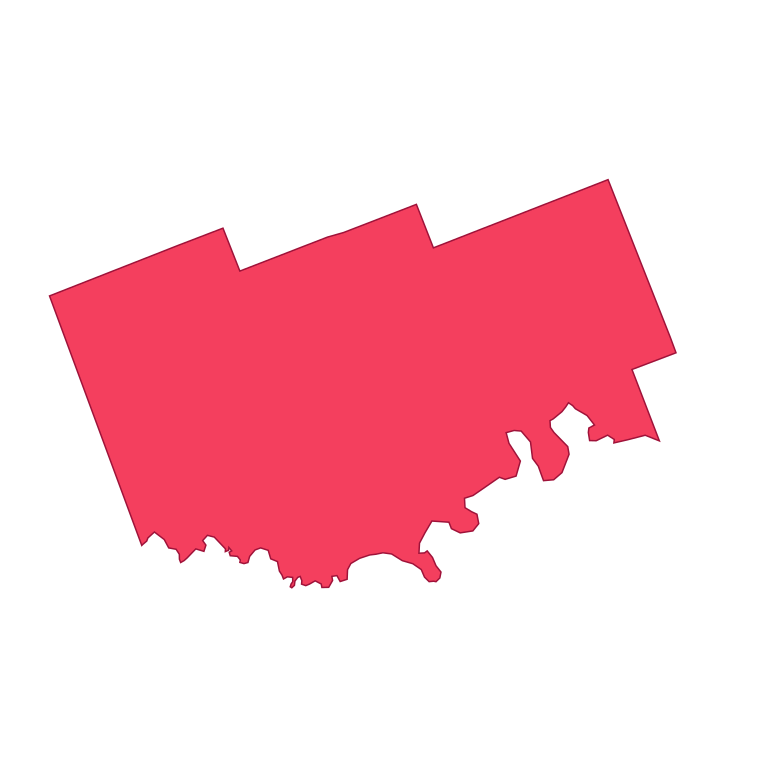 Hale, Alabama, United States of America, rotated 249°
{"feature_id": "52423323B74369514091215", "entity_name": "Hale", "entity_type": "district", "adm_level": 2, "iso_a3": "USA", "parent_name": "United States of America", "parent_adm1": "Alabama", "projection": "albers", "projection_center": [-87.768, 32.744], "detail": "fine", "context": "isolated", "style": "filled", "palette": "rose", "viewbox_px": 768, "rotation_deg": 249, "n_neighbors": 0, "source": "geoboundaries", "source_scale": "gbopen_adm2", "svg_char_len": 1947}
<svg xmlns="http://www.w3.org/2000/svg" viewBox="0 0 768 768"><g transform="rotate(249 384 384)"><path d="M320.1,100.0L320.6,101.1L322.4,106.2L324.9,108.4L328.1,116.6L317.6,123.1L308.1,124.3L304.2,130.7L298.4,131.9L293.7,130.2L290.2,130.2L290.8,134.2L292.2,137.9L297.5,149.2L292.3,155.9L297.4,160.0L302.8,158.6L306.0,164.9L301.9,170.7L286.9,176.9L284.4,175.8L284.5,179.3L287.0,180.6L282.8,182.0L282.4,179.2L278.8,178.9L275.6,185.4L271.3,186.8L269.1,185.5L266.5,188.9L266.1,193.0L271.2,196.8L275.3,204.2L275.2,210.1L270.2,216.3L261.4,215.6L256.4,220.9L246.8,219.3L242.1,220.3L238.0,220.3L238.6,224.7L236.2,229.4L232.2,228.0L230.6,225.6L228.3,223.8L226.8,224.9L228.1,228.2L231.9,230.2L234.4,234.2L234.4,236.8L229.8,236.8L226.7,235.3L223.8,238.7L223.9,242.7L224.9,249.2L219.8,253.7L216.3,253.1L214.0,259.5L219.0,265.6L223.1,266.4L222.0,271.4L215.3,272.3L214.9,279.6L223.7,283.4L228.3,288.7L230.0,298.8L229.5,309.5L228.0,315.4L226.8,322.5L222.6,330.2L212.5,337.8L205.9,346.5L197.4,352.3L189.2,352.6L183.3,355.3L182.1,359.7L180.8,361.7L182.9,366.6L188.0,369.8L195.7,367.4L204.7,367.1L212.7,364.5L211.8,361.3L213.5,356.0L222.7,360.1L230.3,368.8L238.9,379.6L231.7,395.1L224.8,395.1L217.7,401.8L215.0,414.3L219.7,422.4L229.1,424.1L233.5,419.9L239.5,415.3L248.5,418.2L248.0,427.1L255.6,458.3L251.6,462.9L250.7,474.3L263.2,483.7L283.8,479.4L294.8,480.6L294.0,488.8L290.9,495.2L277.4,500.0L261.3,496.0L252.0,498.6L243.0,498.4L236.6,498.3L233.8,508.1L237.5,518.4L252.1,531.6L259.7,533.1L277.8,525.3L283.8,523.8L290.3,525.8L290.8,529.5L294.4,540.2L297.4,545.3L300.4,549.5L296.2,552.4L292.3,553.8L281.8,562.3L270.3,565.8L269.5,559.5L265.5,557.4L257.5,555.7L255.0,561.8L256.1,574.4L249.7,579.1L246.6,577.5L244.6,591.7L242.6,609.4L232.2,620.7L308.7,620.7L308.5,667.8L325.1,668.0L494.5,666.4L493.4,478.9L540.1,478.6L539.9,400.5L541.4,384.0L541.1,289.9L587.2,289.5L587.2,242.4L586.1,103.3L320.1,100.0Z" fill="#f43f5e" stroke="#9f1239" stroke-width="1.5"/></g></svg>